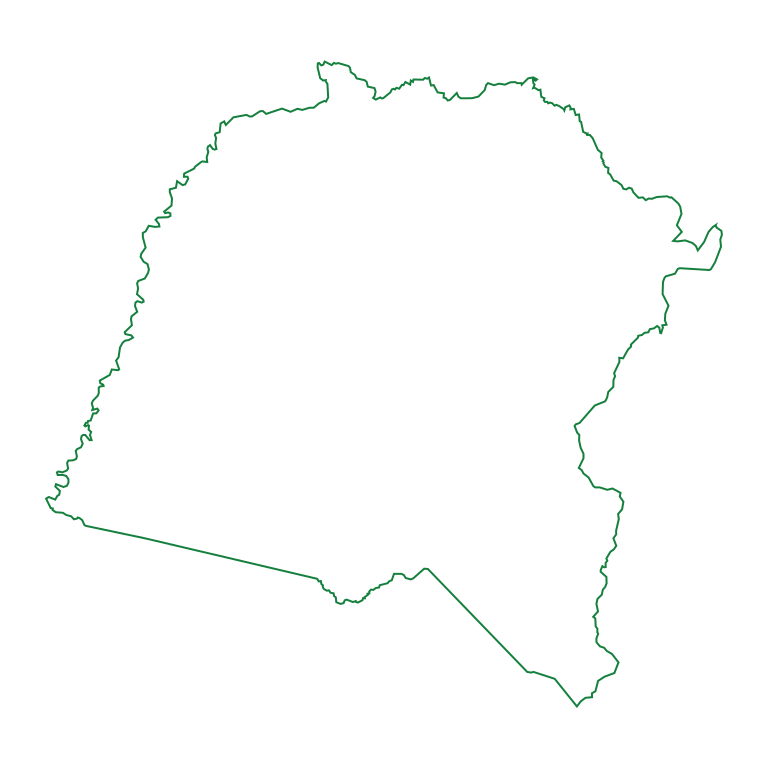 the district of Lumezi, Eastern, Zambia
{"feature_id": "96606910B53587891275683", "entity_name": "Lumezi", "entity_type": "district", "adm_level": 2, "iso_a3": "ZMB", "parent_name": "Zambia", "parent_adm1": "Eastern", "projection": "orthographic", "projection_center": [32.613, -12.696], "detail": "fine", "context": "isolated", "style": "outline", "palette": "green", "viewbox_px": 768, "rotation_deg": 0, "n_neighbors": 0, "source": "geoboundaries", "source_scale": "gbopen_adm2", "svg_char_len": 5970}
<svg xmlns="http://www.w3.org/2000/svg" viewBox="0 0 768 768"><path d="M220.6,123.5L219.7,132.2L215.6,133.4L214.9,135.1L216.1,138.0L215.3,143.6L216.5,149.0L214.7,149.6L212.7,148.9L210.0,145.1L207.9,146.7L207.4,148.7L208.3,152.0L206.7,157.2L207.2,162.0L202.5,161.4L201.0,162.1L195.1,166.7L194.1,168.6L184.2,173.6L183.9,176.8L187.5,176.7L188.2,178.7L185.2,184.4L182.6,185.1L177.1,181.2L175.9,187.8L169.8,189.3L169.8,192.2L172.0,198.4L171.5,205.6L164.1,211.6L165.1,213.1L168.2,212.5L170.3,213.3L170.5,215.9L167.9,217.2L157.9,217.6L155.6,219.8L158.9,223.8L159.4,226.5L155.0,226.9L148.8,225.8L145.7,231.3L142.8,233.0L142.9,237.4L145.6,247.6L141.3,253.7L140.6,256.8L143.6,261.7L147.5,264.1L148.9,269.4L148.0,273.0L144.8,278.5L138.2,281.0L137.1,283.4L138.1,288.4L137.0,294.2L143.2,299.7L143.7,301.6L141.8,302.6L137.4,301.2L135.5,302.5L135.0,306.0L137.2,311.8L131.5,316.4L131.0,319.3L131.9,325.2L124.7,332.2L125.4,334.1L131.4,335.4L133.0,337.6L128.8,340.0L125.0,340.7L122.6,342.8L120.0,347.5L118.6,357.2L116.1,360.6L119.2,369.3L118.1,370.2L111.8,369.5L109.8,374.9L99.8,380.6L100.3,383.2L103.2,384.7L103.6,386.0L100.0,386.5L98.7,387.7L98.8,393.0L97.7,395.8L92.9,400.7L91.8,403.3L93.0,407.9L92.3,410.0L97.3,408.6L98.6,410.4L96.4,413.3L93.1,413.5L90.7,420.5L87.9,421.1L87.7,422.8L85.9,422.8L84.4,425.5L85.3,426.4L88.1,425.1L89.0,425.7L88.6,429.6L91.1,431.9L90.0,435.0L91.6,440.1L89.6,440.2L85.3,435.0L83.3,434.9L81.6,436.1L81.0,439.1L82.7,443.8L81.0,447.3L77.1,449.1L75.7,451.0L76.9,456.3L76.2,458.9L73.2,460.3L68.3,460.6L67.1,463.1L68.1,468.7L66.6,470.6L62.4,472.3L58.5,471.5L56.9,472.4L57.7,475.0L62.9,474.9L66.3,476.0L68.4,479.2L68.5,482.5L66.9,485.8L63.5,487.0L56.0,484.2L55.3,486.5L59.9,491.0L59.2,494.8L57.4,495.8L55.2,499.6L48.8,497.0L46.1,498.6L50.7,508.1L52.8,508.5L52.6,510.0L55.7,512.2L62.9,512.8L66.3,515.0L71.2,516.3L73.9,519.3L76.9,518.6L77.7,517.5L79.4,518.0L82.2,520.1L84.4,525.0L86.0,525.9L144.9,538.3L317.2,578.8L318.7,581.4L320.9,581.1L321.3,583.9L323.0,585.4L322.7,586.8L323.8,588.9L326.8,590.7L328.9,590.3L330.6,592.8L333.6,593.3L334.1,596.1L335.8,597.3L336.3,602.2L340.5,603.9L343.6,603.1L344.7,600.3L346.6,599.6L352.8,602.0L355.8,601.1L356.0,602.0L358.0,602.5L362.5,600.2L363.0,598.2L364.8,598.3L364.5,597.3L368.1,594.6L367.6,593.7L369.4,593.3L369.2,591.6L371.0,589.6L373.4,589.9L375.8,588.0L379.0,587.5L379.8,585.2L387.6,583.2L389.0,581.4L391.8,580.2L394.0,573.9L401.6,573.9L403.9,575.1L405.7,578.0L410.8,579.4L413.2,578.4L424.2,568.7L427.9,569.0L527.2,671.9L531.2,672.6L533.4,671.9L554.7,678.8L576.9,706.4L580.9,701.2L585.5,697.8L592.1,697.2L591.9,693.3L595.4,691.3L598.1,680.9L604.5,676.7L614.4,673.0L618.5,662.4L612.0,654.0L606.7,650.9L604.1,647.7L600.0,646.4L596.5,642.3L596.4,638.4L598.2,633.8L597.3,632.3L597.4,628.8L595.7,626.4L595.3,618.5L593.2,616.8L598.0,611.5L596.4,603.6L597.5,598.9L601.8,594.7L602.8,589.8L605.2,586.9L606.6,583.3L606.4,576.9L600.6,571.7L600.8,569.8L602.4,566.2L604.2,567.3L605.7,567.0L605.6,562.9L607.3,560.8L606.4,558.5L610.4,551.8L613.8,549.4L616.3,545.8L613.4,538.3L616.2,534.4L616.1,530.8L618.8,519.1L618.1,514.0L622.1,509.3L623.4,501.7L619.8,496.6L620.5,492.8L612.5,488.5L607.3,489.8L599.8,487.4L595.1,487.4L593.3,486.0L588.6,477.5L583.5,473.5L581.7,470.1L578.8,468.0L583.5,458.3L583.5,453.8L580.6,447.6L579.1,440.5L579.3,434.9L577.2,432.7L574.6,426.0L575.7,424.4L579.5,423.0L594.8,405.5L605.2,401.3L607.1,397.6L608.3,391.9L613.3,386.9L613.5,379.9L615.1,376.2L614.1,373.2L619.4,362.0L619.3,357.8L623.1,358.3L628.1,349.4L631.1,346.6L630.9,344.6L637.9,337.7L638.2,335.8L641.9,335.0L644.6,332.8L648.3,332.3L649.9,329.1L653.9,328.4L657.1,326.0L659.3,327.7L660.2,332.9L661.1,333.2L662.9,327.6L662.3,325.3L666.5,324.7L664.9,320.3L665.3,313.8L668.5,305.7L662.6,294.1L663.0,281.9L664.6,277.7L665.9,276.3L675.0,273.7L677.8,268.9L679.8,268.2L709.3,270.0L710.9,269.2L715.1,262.2L721.0,246.7L720.3,239.6L721.9,234.7L721.4,230.9L716.5,227.5L716.2,226.3L715.0,226.2L715.5,225.2L712.7,227.1L708.5,232.0L704.1,242.0L697.8,250.4L695.9,246.0L692.5,243.0L685.2,240.4L677.4,241.4L673.2,240.9L681.8,231.9L676.9,225.3L681.5,213.9L680.2,206.7L678.5,203.7L671.5,197.3L670.0,197.6L667.2,196.3L656.9,197.0L651.9,198.8L648.7,198.5L645.8,200.2L642.9,197.4L638.5,197.8L633.4,192.4L631.7,188.6L628.9,187.7L626.4,189.4L623.4,188.8L621.5,185.0L616.5,181.2L613.7,180.7L610.1,174.3L608.1,172.9L608.4,167.9L605.3,166.8L603.4,163.5L603.7,162.4L602.7,161.3L603.3,160.6L601.2,157.5L601.6,153.0L597.9,149.9L592.7,138.2L589.9,135.0L587.5,134.9L587.5,133.9L586.8,134.5L586.3,133.3L583.2,131.9L581.1,121.9L579.7,121.2L579.1,114.5L575.7,115.0L573.8,108.9L570.4,109.4L570.6,107.6L569.3,105.4L565.2,107.3L564.3,110.5L563.5,109.0L559.1,106.0L556.2,104.8L554.6,105.7L552.2,103.2L550.1,102.6L548.2,103.3L547.4,101.9L544.9,101.9L543.8,100.3L544.5,98.3L541.3,96.8L540.4,89.7L538.6,90.2L534.5,87.7L533.2,88.1L534.6,84.5L533.4,83.2L532.9,79.3L535.6,80.7L537.0,79.4L533.3,77.4L528.2,78.3L521.7,84.7L521.4,83.1L517.0,83.1L515.4,82.1L510.4,82.3L505.0,84.6L499.0,83.7L494.0,85.2L488.0,83.1L486.1,85.2L484.7,90.1L478.4,96.6L472.1,98.2L460.8,98.3L458.4,96.6L456.8,93.0L450.0,99.9L447.8,100.5L445.8,98.2L443.6,97.6L443.9,93.3L437.6,92.4L433.7,85.1L431.0,85.5L429.0,77.5L427.2,78.7L424.8,78.0L423.1,79.7L413.5,79.5L413.0,81.9L410.8,80.5L410.2,84.6L405.4,82.0L403.5,85.1L401.9,84.9L399.2,88.7L396.4,87.8L395.0,89.5L393.6,88.8L391.8,89.5L390.4,92.4L383.2,98.2L381.5,98.4L380.3,97.4L375.8,99.6L373.1,97.9L374.6,96.1L375.6,91.6L374.5,88.1L367.8,86.6L366.6,81.8L364.7,80.2L356.6,78.4L354.9,74.9L350.8,72.2L350.0,67.9L348.6,66.1L338.4,63.1L335.9,63.7L333.9,62.9L331.7,65.1L324.7,61.6L323.3,64.7L321.3,65.4L319.0,63.0L317.8,63.4L317.6,67.4L320.2,78.2L323.1,80.5L325.8,80.1L325.6,81.2L327.4,83.8L328.2,97.4L326.0,101.6L324.5,100.9L319.1,103.3L313.8,107.7L309.2,107.8L302.4,109.9L297.4,108.8L290.6,111.8L282.0,108.6L266.2,113.9L262.9,111.1L260.1,111.2L252.1,116.4L249.7,116.5L246.5,114.9L233.5,117.3L225.8,125.0L224.2,121.4L220.6,123.5Z" fill="none" stroke="#15803d" stroke-width="2"/></svg>